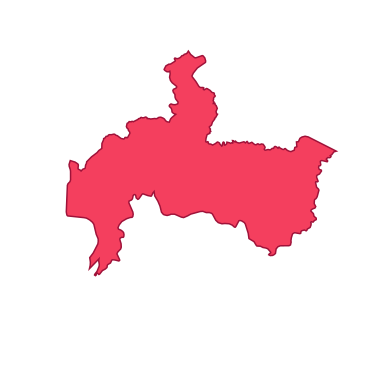 Nova Olinda do Norte, Amazonas, Brazil, rotated 312°
{"feature_id": "56859067B30922595397513", "entity_name": "Nova Olinda do Norte", "entity_type": "district", "adm_level": 2, "iso_a3": "BRA", "parent_name": "Brazil", "parent_adm1": "Amazonas", "projection": "albers", "projection_center": [-58.585, -4.027], "detail": "fine", "context": "isolated", "style": "filled", "palette": "rose", "viewbox_px": 384, "rotation_deg": 312, "n_neighbors": 0, "source": "geoboundaries", "source_scale": "gbopen_adm2", "svg_char_len": 6055}
<svg xmlns="http://www.w3.org/2000/svg" viewBox="0 0 384 384"><g transform="rotate(312 192 192)"><path d="M66.4,167.1L80.0,167.6L78.6,168.5L76.1,171.6L74.6,172.7L69.6,174.5L65.7,174.8L65.1,175.1L65.2,176.2L65.9,176.4L67.6,175.5L68.3,175.6L68.4,178.0L69.3,178.3L73.7,178.0L76.7,179.1L78.5,179.3L79.3,179.2L80.8,178.1L81.8,178.0L84.7,178.9L87.8,178.0L88.6,178.4L90.0,180.4L91.8,183.8L92.7,184.0L93.3,183.4L95.8,177.6L97.7,177.0L102.0,177.1L103.7,176.3L106.1,173.9L108.4,170.1L109.5,169.5L111.2,170.0L112.3,171.2L113.1,171.2L114.7,170.1L116.0,168.4L116.3,166.9L116.1,164.7L115.2,162.2L115.9,160.9L118.8,159.9L123.1,159.6L128.4,161.3L131.5,163.0L133.1,164.4L134.2,164.4L136.1,163.2L137.5,161.5L141.7,152.3L143.1,151.3L145.4,152.3L146.4,152.4L147.5,152.1L149.9,150.7L150.9,150.6L151.8,151.2L151.9,152.3L150.3,154.4L150.3,156.6L151.0,157.0L152.0,157.0L156.8,156.4L157.8,156.7L159.8,161.6L161.5,164.4L162.2,164.5L165.0,163.6L167.0,163.5L164.2,166.8L162.4,172.7L161.2,175.3L160.0,177.8L156.6,182.8L156.2,185.5L156.4,186.5L157.9,189.2L160.3,190.8L161.4,191.2L163.9,194.0L166.2,200.9L167.4,202.9L171.3,204.7L174.8,205.9L182.9,211.1L184.9,213.0L186.2,216.3L188.3,218.6L189.3,220.9L189.2,222.2L186.9,228.6L186.8,232.0L188.4,235.5L190.5,237.4L193.3,240.9L194.3,244.1L194.3,247.0L194.8,247.7L195.7,247.7L202.0,246.1L202.9,246.7L203.7,248.0L204.3,251.2L203.9,253.0L199.0,261.3L195.5,265.5L196.6,271.3L195.4,275.2L195.3,276.4L197.5,279.1L198.2,281.8L199.7,284.2L200.5,286.2L200.0,290.4L199.5,291.2L197.7,290.8L196.7,291.0L197.1,292.7L198.9,294.4L200.7,295.0L202.2,295.1L206.0,292.6L208.9,292.5L211.1,293.6L216.8,299.8L217.5,300.3L218.6,300.6L221.1,299.2L221.9,298.2L224.4,296.5L228.0,294.8L228.8,294.9L230.4,295.5L233.3,300.1L234.1,300.4L235.6,299.4L236.7,299.5L238.9,300.9L239.5,302.8L240.3,303.0L241.7,302.5L244.7,303.5L247.0,302.6L248.3,301.6L248.7,300.7L249.7,300.5L250.6,302.1L252.8,302.1L254.6,302.8L255.7,301.8L255.6,299.0L257.2,296.6L257.4,293.0L258.2,292.6L260.0,292.9L262.4,294.1L264.0,293.7L265.1,290.6L267.8,288.5L268.5,288.2L270.1,288.6L272.2,288.2L278.3,285.1L278.8,284.0L278.9,281.4L281.8,277.4L282.5,277.2L283.6,278.5L284.4,278.5L286.1,275.1L287.3,273.9L288.1,273.7L290.7,274.7L294.2,274.2L294.8,273.5L294.0,271.6L294.2,270.8L295.1,269.5L296.2,268.9L297.5,269.7L298.4,269.5L300.4,267.0L301.2,266.8L302.1,267.3L302.7,268.1L304.9,272.2L305.6,272.2L306.2,271.5L305.9,270.4L306.3,269.8L307.0,269.7L308.5,269.9L309.3,271.1L310.3,271.7L311.3,271.6L311.5,270.4L313.1,270.9L316.8,270.6L318.9,271.9L310.7,241.5L309.1,238.7L306.4,236.9L304.1,236.3L300.6,237.4L299.1,236.1L295.8,239.6L293.9,238.6L291.5,240.0L288.2,238.5L287.2,236.6L286.7,234.8L286.7,232.3L286.1,231.8L285.1,231.8L284.4,231.0L283.6,228.2L283.6,226.6L282.1,226.6L282.1,225.0L281.7,223.6L281.2,223.1L280.5,223.0L279.0,223.4L278.1,222.4L276.1,222.1L275.4,221.7L274.5,220.1L272.2,218.6L271.9,217.8L272.2,217.0L273.9,216.6L274.4,215.9L275.1,213.0L274.2,211.5L272.7,210.7L272.2,210.1L272.1,209.1L271.5,208.4L270.0,208.0L269.6,207.5L269.2,206.7L269.0,203.2L266.1,201.8L265.9,200.9L266.3,200.3L266.4,199.1L264.2,198.8L264.1,197.0L259.9,194.3L258.8,192.0L258.9,190.4L258.0,190.5L257.8,188.4L257.3,187.7L256.4,189.1L255.6,189.5L255.2,188.6L253.9,188.1L253.8,187.2L252.4,184.6L251.1,185.5L249.2,185.3L248.7,184.8L249.0,184.1L250.2,183.1L250.3,182.1L249.6,181.8L247.9,182.6L247.1,183.4L246.0,183.4L246.3,180.5L246.8,179.7L246.5,178.1L246.1,177.4L243.7,177.0L240.7,175.9L240.2,173.9L239.1,172.5L239.2,171.3L240.0,170.8L239.9,170.0L238.6,169.2L238.8,168.3L241.0,166.7L244.3,165.0L245.0,164.9L247.5,166.0L248.1,165.2L249.5,165.5L250.3,163.9L251.1,163.6L251.4,162.1L252.0,161.3L254.8,161.7L257.7,160.4L261.3,160.1L261.9,159.4L262.8,159.8L266.9,158.9L266.6,157.9L267.9,156.0L271.1,154.8L272.4,152.1L272.4,150.7L273.2,149.8L272.0,148.6L272.6,148.3L273.5,148.3L274.0,146.6L275.2,146.1L276.1,145.3L277.0,144.9L278.1,145.2L278.9,145.0L279.3,143.4L280.1,142.7L280.3,142.0L279.4,140.3L279.6,137.3L279.0,134.2L278.6,133.5L276.2,132.8L275.8,131.9L276.3,131.4L277.2,131.2L277.1,130.3L275.4,128.5L275.1,127.5L275.1,126.4L276.7,120.9L277.8,115.0L278.3,114.3L281.3,113.4L287.8,113.0L297.3,115.3L298.5,114.5L300.2,111.8L300.6,109.3L300.2,108.3L295.2,105.6L294.0,104.8L293.6,104.0L293.3,99.0L294.3,95.0L292.0,95.4L290.9,95.2L289.1,94.1L287.8,94.2L286.6,93.3L284.3,93.3L283.2,93.0L281.6,92.2L280.9,91.4L280.2,89.7L279.3,89.7L278.8,90.5L278.8,91.4L277.9,91.9L273.3,90.6L272.3,90.2L271.6,89.3L268.3,88.2L264.9,89.1L264.3,89.4L264.2,90.5L264.5,92.7L265.4,94.0L266.9,94.7L265.2,96.7L262.3,98.5L260.5,101.3L259.9,104.2L260.2,109.8L259.8,110.4L258.3,110.6L255.9,109.5L254.6,109.9L253.7,111.3L253.1,114.0L251.1,116.0L250.2,117.6L249.5,121.5L248.0,122.4L245.6,121.1L244.2,119.3L243.4,117.5L242.1,117.1L241.0,117.3L240.4,118.0L240.3,120.6L239.3,122.3L238.1,123.6L238.0,125.6L238.9,127.9L233.9,127.2L232.0,127.2L228.7,128.4L227.5,126.5L227.3,124.6L227.8,122.7L227.6,121.2L226.8,118.9L226.2,118.2L224.7,117.1L223.8,117.2L222.3,116.2L221.8,115.2L218.5,112.4L218.1,111.4L216.6,109.6L217.1,108.9L217.0,108.0L216.5,107.2L215.1,106.6L213.8,105.3L213.6,104.5L212.9,104.0L212.2,104.2L210.7,103.2L209.9,103.3L205.0,101.4L204.4,100.1L203.4,99.8L202.3,98.2L200.6,98.3L199.9,97.9L199.3,98.0L196.7,99.5L196.1,100.7L196.0,102.6L195.3,103.4L194.8,105.7L194.0,106.6L189.3,107.7L188.7,107.3L188.5,106.4L187.6,105.7L186.7,106.1L185.7,105.8L184.3,103.4L183.9,98.8L183.2,97.3L183.2,95.9L182.6,95.1L180.6,93.7L179.3,92.2L178.4,91.8L177.1,92.0L175.8,90.9L174.2,91.2L172.6,90.6L171.7,91.3L167.8,92.6L164.0,95.8L160.5,95.0L157.7,95.1L150.9,93.8L144.0,93.5L142.6,94.4L140.8,94.9L138.5,96.5L137.7,96.6L135.9,95.6L133.4,95.5L133.6,94.8L132.9,92.2L133.4,91.4L135.9,89.6L136.4,88.8L136.4,87.8L136.0,85.1L133.9,80.5L130.2,82.2L128.9,83.6L127.2,86.6L126.1,87.9L119.8,93.6L118.1,94.4L115.2,94.3L113.6,94.9L93.1,111.9L91.6,113.8L91.0,114.9L91.1,115.7L100.7,128.9L102.0,131.1L102.8,134.7L102.9,138.3L102.3,140.7L96.5,149.1L94.4,153.6L92.5,155.4L90.4,156.8L80.6,159.4L74.8,159.9L71.9,163.4L69.4,165.4L66.4,167.1Z" fill="#f43f5e" stroke="#9f1239" stroke-width="1.5"/></g></svg>